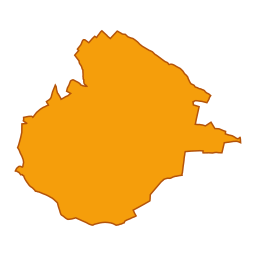 the district of Bala, Mures, Romania
{"feature_id": "2599482B91392200314652", "entity_name": "Bala", "entity_type": "district", "adm_level": 2, "iso_a3": "ROU", "parent_name": "Romania", "parent_adm1": "Mures", "projection": "albers", "projection_center": [24.501, 46.719], "detail": "fine", "context": "isolated", "style": "filled", "palette": "amber", "viewbox_px": 256, "rotation_deg": 0, "n_neighbors": 0, "source": "geoboundaries", "source_scale": "gbopen_adm2", "svg_char_len": 5646}
<svg xmlns="http://www.w3.org/2000/svg" viewBox="0 0 256 256"><path d="M93.2,225.0L94.3,224.3L100.3,222.8L102.4,222.5L105.1,222.3L107.9,222.5L110.7,222.9L113.0,223.6L114.8,224.5L116.1,225.2L118.6,224.8L119.7,224.3L121.3,224.0L121.9,223.7L123.7,222.9L124.2,222.8L124.5,221.8L124.7,221.3L125.4,220.8L125.9,220.5L127.1,219.9L128.6,219.3L129.1,219.1L130.0,218.7L130.6,218.5L131.0,218.2L132.5,217.5L134.7,216.7L136.1,215.9L134.6,213.3L133.2,210.1L138.8,207.1L144.4,204.0L146.3,202.9L148.6,201.6L149.9,200.8L150.1,198.6L150.1,198.0L150.2,196.4L150.2,195.7L150.3,195.0L150.3,194.6L161.0,182.0L162.1,181.0L162.6,180.6L163.0,180.3L163.3,180.0L163.2,179.9L163.3,179.7L163.6,179.5L165.3,178.8L167.6,178.2L168.2,178.2L169.0,178.3L169.5,178.3L170.5,178.2L171.0,178.0L171.6,177.7L172.6,177.2L173.6,176.8L174.4,176.6L174.7,176.4L176.5,176.2L179.3,175.6L180.2,175.5L182.1,175.2L182.0,174.4L182.0,174.0L182.5,172.1L182.5,171.5L182.7,170.2L183.2,165.7L183.5,163.9L183.7,162.4L184.0,160.0L184.1,158.5L184.4,156.4L184.7,154.9L184.9,153.0L185.3,151.6L190.8,151.1L199.9,150.7L203.0,150.9L203.0,152.8L203.7,152.9L208.9,152.8L212.6,153.0L214.9,152.5L216.3,152.4L218.7,152.7L221.9,152.8L224.3,142.7L225.7,142.6L226.1,142.5L226.8,142.4L227.4,142.3L228.6,142.2L232.3,141.6L233.6,141.4L234.1,141.4L234.8,141.4L236.0,141.3L236.5,141.3L237.7,141.5L238.8,141.9L240.6,142.7L240.5,141.0L240.4,139.2L240.2,137.7L240.0,137.4L238.9,138.3L238.0,138.7L237.6,138.7L237.2,138.6L236.7,138.4L235.9,138.0L235.2,137.5L234.5,137.0L233.5,136.5L232.7,136.0L231.9,135.7L230.3,135.3L229.1,135.1L228.2,134.8L227.5,134.6L226.2,134.1L225.8,134.0L225.4,133.9L225.4,132.8L225.5,132.3L225.6,131.4L223.5,130.7L221.9,130.0L219.3,128.9L218.7,128.8L216.2,128.6L215.9,128.6L214.9,128.6L211.0,122.2L205.4,125.9L202.6,125.0L201.0,124.8L199.4,124.5L198.0,124.6L195.3,124.3L196.4,118.8L199.1,106.7L193.4,104.9L193.0,101.9L193.8,101.7L194.4,101.0L195.2,100.7L196.2,100.7L196.9,100.7L199.5,101.1L202.0,101.4L203.1,101.7L206.9,102.7L207.0,102.5L208.1,100.7L209.0,99.0L209.4,97.6L210.7,95.6L208.7,93.9L208.2,93.7L207.7,93.4L207.1,93.2L205.5,92.0L204.4,90.6L203.9,90.3L202.7,89.7L202.4,89.7L201.6,89.4L200.8,88.9L200.5,88.9L199.1,88.6L198.2,88.2L197.7,87.8L197.1,87.6L196.6,87.4L195.7,87.2L195.2,86.9L194.9,86.7L194.4,85.7L194.2,85.4L192.6,84.5L191.5,84.1L190.7,83.4L189.8,82.0L188.1,78.4L187.9,77.6L187.7,77.0L187.3,76.5L186.9,76.0L186.4,75.3L185.9,74.9L185.2,74.3L184.7,73.8L184.3,73.3L182.9,71.1L182.6,70.8L181.8,70.0L181.1,69.3L180.2,68.5L179.9,68.3L177.9,67.3L177.2,66.9L175.9,66.2L174.5,65.3L173.0,64.6L172.0,64.3L171.4,64.2L171.0,64.2L170.5,64.2L170.0,64.3L169.3,64.5L168.9,64.5L168.8,64.4L167.9,63.1L167.7,62.9L167.0,62.4L165.5,61.8L165.1,61.6L164.5,61.2L163.0,60.1L161.1,58.7L160.1,57.9L159.6,57.6L158.6,56.8L157.9,56.3L156.1,55.0L155.5,54.7L155.2,54.6L155.0,54.4L154.6,54.0L154.0,53.4L152.4,51.8L151.2,51.2L149.7,50.5L149.0,50.3L148.0,49.6L147.1,49.1L144.4,47.5L142.3,46.3L141.4,45.5L140.5,44.9L139.5,44.0L138.5,42.9L137.5,41.9L137.0,41.5L135.4,40.2L134.4,39.5L132.9,38.5L130.7,37.9L129.1,37.3L127.9,36.8L126.8,35.8L125.6,34.6L125.4,34.4L125.1,34.3L124.7,34.3L123.3,34.2L122.3,34.0L121.8,33.7L120.7,33.0L120.3,32.8L119.7,32.5L117.7,31.3L117.2,31.1L110.3,38.5L108.3,36.9L107.5,36.2L106.9,35.4L101.9,30.8L100.7,31.8L98.9,34.3L97.8,35.7L96.6,37.5L94.7,36.3L92.4,38.5L88.8,42.7L84.9,39.8L83.7,39.7L82.7,40.4L82.0,42.0L81.3,43.8L80.8,44.8L80.3,45.5L77.4,49.1L78.6,50.6L74.7,55.2L79.0,60.9L79.0,61.2L79.4,63.1L80.3,64.6L80.7,65.1L81.5,66.5L81.8,67.4L82.0,68.3L82.3,69.0L82.5,69.6L82.9,69.9L82.9,71.4L83.1,74.9L83.0,76.4L83.2,77.8L83.2,79.0L83.4,79.3L83.7,79.6L83.8,79.8L83.8,80.2L83.8,80.7L83.8,81.4L83.9,82.4L84.1,83.4L84.4,84.0L84.8,84.4L86.0,85.3L86.6,85.9L86.8,86.3L85.4,86.3L84.5,86.1L83.7,85.9L83.3,85.9L82.9,85.8L81.9,85.3L81.2,85.1L80.5,84.6L80.1,83.9L79.7,83.5L78.9,82.9L77.8,82.2L76.8,81.7L75.8,81.2L74.9,80.7L74.0,80.2L73.3,79.9L73.0,79.8L72.6,79.9L72.0,80.1L71.2,80.5L70.5,81.0L68.9,85.2L67.4,88.0L66.6,91.2L70.7,93.4L67.8,95.8L65.8,96.6L63.5,98.0L61.1,99.3L60.8,98.4L59.6,96.3L58.1,93.8L57.5,93.1L57.2,92.1L56.5,89.4L56.4,88.2L56.1,86.5L55.3,85.1L52.6,91.8L51.9,94.3L51.1,97.4L50.2,98.8L49.1,99.8L46.4,101.6L46.8,102.4L47.1,103.0L47.5,103.5L48.1,104.3L48.4,105.2L47.3,105.5L46.2,106.0L45.2,106.6L43.4,107.3L42.4,107.9L40.5,109.1L39.3,110.1L37.8,111.4L36.6,112.4L34.3,115.4L33.7,116.3L33.3,116.8L32.8,117.3L32.4,116.8L31.9,116.4L31.2,116.3L28.7,116.4L26.1,116.9L23.6,117.4L23.7,119.2L23.6,119.8L23.3,120.8L26.7,123.2L26.4,123.5L25.6,123.6L24.6,123.6L21.9,123.9L21.8,132.3L20.7,137.4L19.5,141.9L18.6,145.1L17.6,147.7L18.1,148.3L19.2,150.2L20.3,153.1L21.9,156.2L23.2,159.7L23.6,162.4L23.2,164.3L22.8,166.5L22.6,166.9L22.3,167.1L21.7,167.0L20.9,166.5L20.4,166.4L19.9,166.3L19.4,166.4L19.0,166.4L18.5,166.7L16.8,168.2L16.4,168.8L16.1,169.5L15.7,170.2L15.4,170.8L15.4,171.1L15.7,171.1L16.4,171.0L16.8,171.2L17.1,171.5L18.1,172.0L19.2,172.7L19.6,173.2L20.1,173.9L20.6,174.7L20.7,174.8L21.0,174.8L21.3,174.7L21.6,174.6L22.1,174.6L22.3,174.6L22.4,174.8L22.6,175.2L23.0,175.5L23.4,175.6L23.6,175.7L23.7,175.9L23.9,176.4L24.0,176.8L24.7,178.5L25.6,180.1L26.8,182.0L27.8,183.3L28.7,184.7L29.6,185.7L30.3,186.4L32.4,187.8L34.7,190.1L35.4,191.2L36.2,191.2L37.9,191.8L39.1,192.0L41.2,192.9L43.3,193.8L45.5,194.6L47.8,195.7L48.8,196.2L49.6,196.7L52.3,198.2L53.8,199.4L56.9,202.3L57.5,203.0L58.0,205.1L58.6,207.3L59.7,210.5L60.3,212.7L61.0,214.5L61.6,215.1L63.3,216.2L65.5,218.0L66.9,218.9L67.7,219.3L68.7,219.3L70.4,219.1L71.9,218.9L74.9,218.1L75.7,217.8L77.6,218.7L79.2,219.4L83.2,221.2L85.7,222.3L86.7,222.8L88.9,224.0L90.2,224.5L92.1,225.1L93.2,225.0Z" fill="#f59e0b" stroke="#b45309" stroke-width="1.5"/></svg>